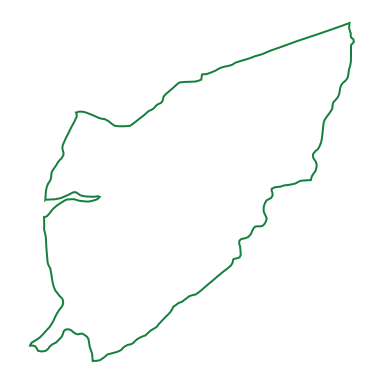 Komo, Estuaire, Gabon
{"feature_id": "22940354B49823101443356", "entity_name": "Komo", "entity_type": "district", "adm_level": 2, "iso_a3": "GAB", "parent_name": "Gabon", "parent_adm1": "Estuaire", "projection": "albers", "projection_center": [10.284, 0.218], "detail": "fine", "context": "isolated", "style": "outline", "palette": "green", "viewbox_px": 384, "rotation_deg": 0, "n_neighbors": 0, "source": "geoboundaries", "source_scale": "gbopen_adm2", "svg_char_len": 3833}
<svg xmlns="http://www.w3.org/2000/svg" viewBox="0 0 384 384"><path d="M310.8,180.1L310.8,179.9L312.0,176.0L313.7,173.4L315.4,171.1L316.5,167.5L316.7,164.8L315.9,161.8L314.2,159.4L313.3,157.8L312.9,155.4L313.4,153.5L315.9,150.7L317.6,149.5L319.5,146.4L321.1,142.4L321.9,138.2L322.5,133.5L323.1,127.0L323.8,122.1L325.0,119.3L327.2,116.1L329.6,113.0L331.4,110.2L332.4,108.2L332.6,104.7L333.6,101.9L335.0,100.6L338.1,96.8L339.3,93.7L339.7,91.2L340.1,88.4L341.1,85.2L343.1,82.7L345.6,80.6L347.4,78.1L348.1,75.9L348.6,72.0L349.2,68.7L350.3,65.0L350.9,61.3L351.0,55.6L351.0,45.2L352.7,43.3L353.9,41.9L353.3,39.2L351.2,37.6L350.6,35.5L350.8,33.3L350.0,31.4L349.1,27.9L349.5,23.0L341.7,25.9L319.9,33.5L296.8,41.2L287.0,44.8L271.1,50.4L262.1,54.2L254.5,56.4L249.4,58.4L241.6,60.7L235.8,62.5L231.9,64.9L228.8,65.8L224.8,66.6L221.1,67.6L218.8,68.7L214.8,71.0L210.2,72.8L206.7,74.1L202.0,74.4L201.3,79.6L198.1,80.9L194.7,81.6L183.6,82.0L179.1,82.6L176.1,85.1L173.2,87.8L168.8,91.6L166.0,93.9L163.6,96.6L163.1,98.7L162.5,101.1L160.8,103.0L158.2,104.1L156.2,105.5L154.0,108.1L151.5,109.9L148.7,111.0L144.1,115.1L132.8,123.9L130.0,125.8L125.8,126.2L118.8,126.3L114.6,125.7L111.7,123.8L108.7,121.3L104.5,119.0L101.8,118.8L98.4,117.7L94.6,116.0L91.5,114.7L85.7,112.4L82.3,111.7L78.6,111.7L76.4,112.6L76.0,112.6L76.6,114.2L76.8,116.1L76.2,117.9L73.4,123.4L71.2,127.4L69.6,130.7L68.1,133.9L66.4,136.9L64.5,141.2L62.6,145.5L62.4,148.7L62.9,150.7L63.5,152.7L63.4,155.1L61.6,158.2L59.6,160.2L57.9,162.3L56.5,164.8L53.7,168.9L52.0,171.5L51.4,173.7L51.2,176.7L50.6,179.6L49.6,181.5L48.1,183.7L46.9,186.6L46.1,190.1L45.8,192.9L45.3,199.8L45.4,199.7L54.7,199.3L60.8,198.1L63.4,197.0L67.3,195.3L69.8,194.2L72.7,192.5L75.4,192.1L77.4,193.2L80.3,195.3L85.0,196.4L93.0,196.8L98.1,196.3L99.6,196.9L97.4,199.2L94.6,200.2L91.0,201.1L88.2,201.6L85.3,201.4L81.8,201.1L79.1,200.7L74.0,199.2L70.4,199.3L66.8,199.5L64.4,200.7L60.7,203.0L57.2,205.3L53.1,208.8L49.7,213.1L47.3,215.9L44.8,217.2L44.1,217.0L44.2,226.2L44.1,229.6L44.8,232.2L45.6,236.0L46.0,239.6L46.2,245.0L46.8,253.3L47.6,262.4L48.5,265.2L50.4,268.7L51.4,274.4L52.0,278.6L52.7,282.8L53.9,287.3L55.5,290.8L57.5,293.3L59.7,296.1L62.2,298.6L63.1,300.9L63.1,303.9L62.0,306.4L60.4,308.4L58.6,310.9L56.8,313.7L55.1,317.1L53.4,320.9L51.1,324.7L49.4,327.3L46.7,330.1L42.9,334.4L39.7,337.6L35.2,340.6L31.9,342.5L30.5,344.4L30.1,345.7L32.5,345.5L35.3,346.4L36.7,348.2L37.9,350.7L40.7,351.4L43.6,351.3L46.0,350.6L48.3,348.7L49.8,346.4L52.8,344.1L56.3,342.4L58.1,340.5L61.7,336.7L63.1,333.6L63.6,331.5L64.9,330.0L66.5,329.3L68.8,329.3L70.8,330.1L71.9,330.8L73.0,332.0L75.5,333.6L77.9,334.4L80.1,333.8L82.3,333.6L84.0,334.6L87.0,336.7L88.4,339.1L88.9,341.4L89.7,346.7L90.5,349.1L92.1,353.8L92.5,358.1L92.7,361.0L97.2,360.7L99.9,360.2L102.3,358.6L105.1,356.6L107.5,354.4L111.5,353.4L115.6,352.3L118.7,351.3L121.4,349.8L122.7,348.1L124.7,346.5L127.4,345.0L131.0,344.2L133.0,343.2L134.4,341.7L136.9,339.4L139.5,337.8L142.6,336.4L145.4,335.4L148.7,332.3L151.0,330.3L153.5,328.9L156.7,326.9L158.7,324.2L161.7,321.0L165.6,316.8L167.8,314.8L170.6,311.8L172.1,309.3L173.4,306.6L175.5,305.3L178.5,303.0L181.9,301.8L186.8,298.1L189.5,296.1L192.4,295.2L195.8,294.4L199.6,291.7L208.3,284.2L213.1,280.2L216.9,276.9L223.2,271.7L228.0,268.1L231.0,265.4L232.5,262.9L233.0,260.0L233.9,258.9L237.3,258.2L239.5,257.4L240.7,255.1L240.6,252.2L240.1,246.5L239.2,243.8L239.3,240.8L241.3,239.0L245.0,238.3L248.1,237.1L251.0,234.0L252.0,231.4L253.4,228.5L255.2,226.6L257.1,226.3L259.9,226.4L262.6,225.8L264.3,224.2L265.9,221.5L266.7,218.3L265.1,214.7L263.9,212.2L263.6,210.0L263.7,207.0L264.7,203.8L266.3,200.6L268.3,199.4L271.0,198.1L272.6,195.5L272.4,192.7L271.6,190.8L271.8,188.7L275.1,187.2L280.9,186.6L283.7,185.5L290.8,184.6L295.4,183.5L297.7,182.2L300.4,180.8L306.8,180.3L310.8,180.1Z" fill="none" stroke="#15803d" stroke-width="2"/></svg>